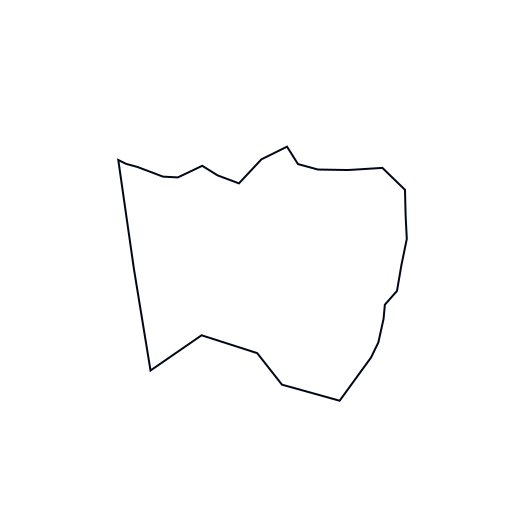 Skouriotissa, Nicosia, Cyprus, rotated 228°
{"feature_id": "46923920B57075866943950", "entity_name": "Skouriotissa", "entity_type": "district", "adm_level": 2, "iso_a3": "CYP", "parent_name": "Cyprus", "parent_adm1": "Nicosia", "projection": "albers", "projection_center": [32.884, 35.094], "detail": "fine", "context": "isolated", "style": "outline", "palette": "ink", "viewbox_px": 512, "rotation_deg": 228, "n_neighbors": 0, "source": "geoboundaries", "source_scale": "gbopen_adm2", "svg_char_len": 548}
<svg xmlns="http://www.w3.org/2000/svg" viewBox="0 0 512 512"><g transform="rotate(228 256 256)"><path d="M92.5,221.3L103.6,273.6L109.9,289.1L123.9,308.7L133.6,319.2L135.7,337.4L151.8,357.8L167.8,379.5L182.2,391.2L186.7,394.9L205.5,411.0L236.9,408.9L254.5,386.7L258.6,381.6L278.8,359.9L296.2,348.7L316.5,352.2L324.2,324.8L321.4,291.9L341.6,281.4L359.0,276.4L366.7,250.5L377.2,240.0L401.6,227.4L411.4,221.1L419.5,217.9L328.2,156.7L241.5,101.0L233.5,162.5L183.0,191.9L143.0,189.2L92.5,221.3Z" fill="none" stroke="#020617" stroke-width="2"/></g></svg>